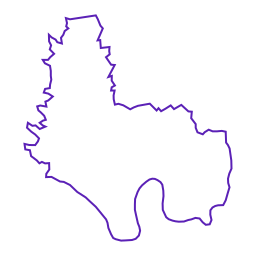 outline of Capitão Leônidas Marques, Paraná, Brazil
{"feature_id": "56859067B12365936446127", "entity_name": "Capitão Leônidas Marques", "entity_type": "district", "adm_level": 2, "iso_a3": "BRA", "parent_name": "Brazil", "parent_adm1": "Paraná", "projection": "natural_earth1", "projection_center": [-53.601, -25.458], "detail": "fine", "context": "isolated", "style": "outline", "palette": "violet", "viewbox_px": 256, "rotation_deg": 0, "n_neighbors": 0, "source": "geoboundaries", "source_scale": "gbopen_adm2", "svg_char_len": 2252}
<svg xmlns="http://www.w3.org/2000/svg" viewBox="0 0 256 256"><path d="M191.8,111.7L188.4,111.4L181.3,104.9L174.0,109.1L170.7,105.4L165.5,108.7L161.1,111.2L158.5,108.2L156.6,110.5L149.8,103.7L138.0,105.8L133.8,107.4L130.2,109.3L123.3,105.3L118.4,103.8L114.9,104.6L113.7,99.2L113.6,95.4L114.6,90.5L111.1,90.5L111.7,87.3L114.9,85.5L111.7,80.7L111.8,75.9L108.4,77.0L114.7,65.0L111.1,64.7L106.0,57.2L109.7,54.3L109.2,51.1L109.5,47.0L100.8,48.0L100.2,40.1L97.6,40.4L102.8,28.4L100.4,25.6L97.8,19.2L95.8,15.4L70.0,19.3L65.9,18.1L67.0,23.1L66.2,26.4L68.3,28.4L64.7,31.0L63.3,34.8L61.0,37.8L61.9,43.5L57.3,42.2L55.6,39.6L51.6,37.4L48.9,34.8L49.1,41.4L51.1,45.3L49.8,49.4L54.1,53.8L50.2,57.2L48.0,59.9L42.8,59.9L44.9,63.3L50.0,65.8L50.8,70.9L50.8,75.9L51.3,79.7L50.1,84.5L49.8,88.1L45.1,88.9L43.8,92.6L48.3,93.6L52.8,96.5L48.2,100.5L45.4,101.6L46.4,106.6L40.3,105.5L37.2,106.4L38.4,110.4L40.6,112.2L44.2,115.8L45.8,119.8L43.0,120.6L39.7,122.8L42.7,125.4L45.4,126.6L39.7,129.0L35.6,125.4L32.4,125.8L27.9,122.8L27.0,127.7L31.3,131.7L35.2,134.5L39.0,138.4L37.9,141.4L35.2,145.1L29.2,145.0L24.5,143.9L25.3,149.4L29.9,150.2L31.1,156.1L36.8,160.4L39.4,163.3L41.9,161.9L45.1,163.4L49.1,163.1L49.3,169.5L46.3,173.8L46.1,177.1L51.5,176.9L60.0,181.5L63.8,181.9L70.0,185.0L77.3,192.0L85.7,197.4L89.7,201.2L95.8,206.8L106.1,219.4L107.5,222.8L108.4,228.0L111.1,234.3L113.2,238.0L115.7,239.2L121.1,240.6L125.6,240.4L132.0,240.0L135.7,238.8L138.9,235.5L140.1,230.7L139.3,226.7L137.9,223.3L136.0,214.9L134.9,209.8L134.9,204.3L135.1,199.0L137.6,192.0L139.5,188.4L142.1,185.3L146.3,181.7L149.5,179.5L152.3,178.7L154.9,178.9L157.5,180.1L160.5,182.1L162.3,184.7L163.3,190.7L163.5,196.1L162.6,203.5L162.8,209.9L166.2,217.2L168.7,219.2L172.5,220.6L175.5,221.3L178.8,221.7L184.0,221.5L188.3,220.0L191.3,219.4L195.4,217.9L199.6,218.5L202.7,222.3L205.8,224.8L209.7,224.3L211.5,220.0L210.3,214.7L210.4,210.3L212.5,207.5L215.2,206.0L218.0,205.3L223.2,205.1L225.7,200.3L227.9,192.6L229.5,187.3L228.2,183.0L228.0,178.7L229.3,173.6L231.5,168.6L231.3,160.4L229.6,148.5L227.9,145.0L226.1,142.6L225.7,131.7L221.8,130.9L217.3,131.3L212.6,131.3L208.7,129.7L204.7,132.2L202.8,134.3L197.5,132.3L195.7,127.8L195.7,124.1L191.2,118.2L191.8,111.7Z" fill="none" stroke="#5b21b6" stroke-width="2"/></svg>